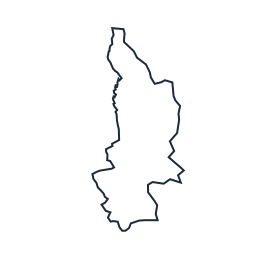 the district of Shkodër, Shkodër, Albania, rotated 331°
{"feature_id": "67620474B15717375113052", "entity_name": "Shkodër", "entity_type": "district", "adm_level": 2, "iso_a3": "ALB", "parent_name": "Albania", "parent_adm1": "Shkodër", "projection": "albers", "projection_center": [19.63, 42.154], "detail": "fine", "context": "isolated", "style": "outline", "palette": "slate", "viewbox_px": 256, "rotation_deg": 331, "n_neighbors": 0, "source": "geoboundaries", "source_scale": "gbopen_adm2", "svg_char_len": 1594}
<svg xmlns="http://www.w3.org/2000/svg" viewBox="0 0 256 256"><g transform="rotate(331 128 128)"><path d="M98.5,135.9L97.4,138.1L97.1,141.4L94.2,146.1L96.4,148.2L96.7,155.7L94.0,155.7L82.9,151.7L78.6,151.1L74.5,151.1L73.1,155.9L73.8,160.8L72.8,165.3L74.0,169.6L74.9,173.5L74.4,177.0L75.9,180.3L71.8,182.2L67.7,182.2L68.4,189.7L71.7,193.3L67.1,196.5L67.4,201.4L70.0,202.3L73.6,205.0L72.4,210.8L73.1,215.0L76.0,216.6L80.4,216.0L84.2,212.8L92.9,214.4L97.8,216.7L109.2,223.0L109.6,221.2L110.6,216.6L116.1,209.7L115.8,204.6L114.4,194.0L117.9,187.4L123.3,187.2L132.2,194.0L140.0,193.2L144.6,198.1L147.7,201.4L148.9,193.6L156.1,192.2L155.1,188.6L153.0,183.1L149.4,173.3L157.2,170.5L158.2,159.9L168.5,156.2L176.7,145.6L179.1,140.0L184.2,134.0L182.8,126.7L183.4,122.1L188.9,109.6L183.4,104.1L179.3,104.1L172.8,102.3L172.5,94.9L174.1,89.8L174.5,81.1L170.0,70.9L170.3,63.6L166.2,50.7L167.0,49.4L168.0,47.9L169.0,46.3L170.1,44.8L171.0,43.3L171.9,39.3L162.6,33.0L162.2,34.3L160.5,39.7L157.0,42.1L156.9,42.3L156.1,44.5L154.8,47.1L153.4,47.4L152.2,47.7L150.2,49.8L149.3,51.6L148.3,51.6L146.5,53.9L144.6,56.0L143.9,58.9L144.3,61.0L144.3,62.5L143.7,68.7L144.4,71.9L145.7,74.3L145.9,76.6L146.5,81.4L143.7,82.2L143.5,80.5L140.7,83.1L140.2,84.6L137.6,87.3L138.5,84.0L136.3,86.4L135.9,88.4L133.7,88.4L132.8,91.1L133.7,92.9L131.1,94.6L130.6,93.5L128.9,95.2L128.7,96.4L128.4,99.9L126.9,99.9L126.5,102.9L126.7,103.5L127.3,107.0L124.9,107.9L124.7,110.3L123.4,113.2L121.9,116.2L120.8,119.7L119.3,124.7L116.6,130.0L114.4,134.2L106.3,134.1L105.7,136.2L98.5,135.9Z" fill="none" stroke="#1e293b" stroke-width="2"/></g></svg>